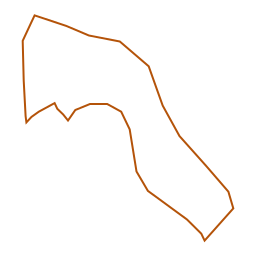 Budva, Equal Earth projection
{"feature_id": "MNE-1499", "entity_name": "Budva", "entity_type": "Municipality", "adm_level": 1, "iso_a3": "MNE", "parent_name": "Montenegro", "parent_adm1": "", "projection": "equal_earth", "projection_center": [18.879, 42.272], "detail": "fine", "context": "isolated", "style": "outline", "palette": "amber", "viewbox_px": 256, "rotation_deg": 0, "n_neighbors": 0, "source": "natural_earth", "source_scale": "10m", "svg_char_len": 510}
<svg xmlns="http://www.w3.org/2000/svg" viewBox="0 0 256 256"><path d="M204.6,240.6L201.3,233.7L187.0,219.5L147.9,190.9L136.5,171.5L129.7,129.4L121.2,111.7L107.2,104.0L90.0,104.0L75.3,110.0L68.0,120.5L63.2,114.5L57.3,108.8L54.6,103.1L38.8,111.7L31.5,116.9L26.4,122.4L25.6,116.1L23.7,80.4L22.7,40.8L31.1,22.8L34.6,15.4L66.2,25.9L88.9,35.5L119.8,41.5L148.7,66.3L156.8,89.1L162.7,105.6L179.5,136.1L206.3,166.1L228.4,191.7L233.3,208.4L204.7,240.5L204.6,240.6Z" fill="none" stroke="#b45309" stroke-width="2"/></svg>